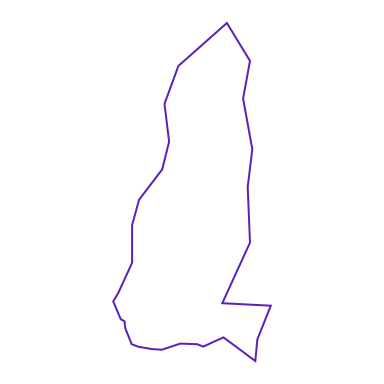 Kampi, Nicosia, Cyprus
{"feature_id": "46923920B85775694000331", "entity_name": "Kampi", "entity_type": "district", "adm_level": 2, "iso_a3": "CYP", "parent_name": "Cyprus", "parent_adm1": "Nicosia", "projection": "equal_earth", "projection_center": [33.124, 34.908], "detail": "fine", "context": "isolated", "style": "outline", "palette": "violet", "viewbox_px": 384, "rotation_deg": 0, "n_neighbors": 0, "source": "geoboundaries", "source_scale": "gbopen_adm2", "svg_char_len": 566}
<svg xmlns="http://www.w3.org/2000/svg" viewBox="0 0 384 384"><path d="M226.9,23.0L178.4,65.9L164.5,103.8L169.1,141.7L162.2,169.4L139.1,199.7L132.1,225.0L132.1,262.8L118.2,293.1L113.2,301.4L120.8,319.3L124.6,321.3L125.2,328.1L131.7,344.2L138.5,346.8L152.1,349.1L161.9,349.7L180.3,343.6L197.1,344.2L203.3,346.6L211.9,342.6L214.7,341.3L217.3,340.2L223.5,337.4L223.6,337.5L255.3,361.0L257.3,340.0L257.4,339.5L257.4,339.3L270.8,305.7L222.3,303.2L250.0,242.6L247.7,187.1L252.3,149.2L243.1,98.7L250.0,60.9L226.9,23.0Z" fill="none" stroke="#5b21b6" stroke-width="2"/></svg>